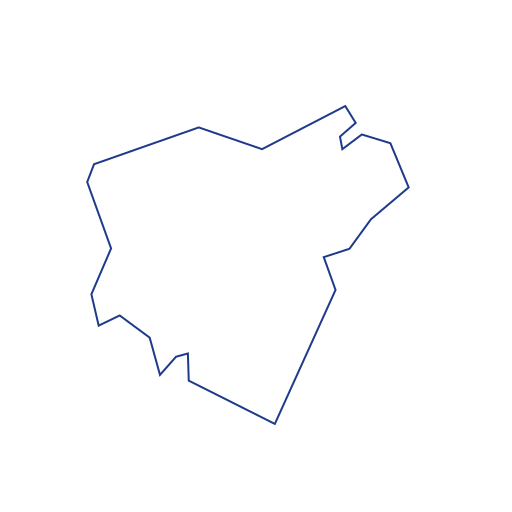 outline of Mvolo, Western Equatoria, South Sudan, rotated 62°
{"feature_id": "79223893B56262288593012", "entity_name": "Mvolo", "entity_type": "district", "adm_level": 2, "iso_a3": "SSD", "parent_name": "South Sudan", "parent_adm1": "Western Equatoria", "projection": "equal_earth", "projection_center": [30.037, 5.951], "detail": "fine", "context": "isolated", "style": "outline", "palette": "blue", "viewbox_px": 512, "rotation_deg": 62, "n_neighbors": 0, "source": "geoboundaries", "source_scale": "gbopen_adm2", "svg_char_len": 474}
<svg xmlns="http://www.w3.org/2000/svg" viewBox="0 0 512 512"><g transform="rotate(62 256 256)"><path d="M323.3,201.7L288.8,196.7L293.5,170.1L277.5,137.2L267.1,89.0L219.5,84.4L198.4,105.5L202.2,129.6L190.0,125.8L185.3,105.5L165.5,106.8L164.5,200.5L115.6,246.2L98.9,355.9L111.4,370.3L181.3,380.4L212.5,419.3L243.6,427.6L244.5,404.3L278.2,388.2L315.9,396.6L307.4,373.9L310.1,361.9L334.5,373.9L413.1,318.2L323.3,201.7Z" fill="none" stroke="#1e3a8a" stroke-width="2"/></g></svg>